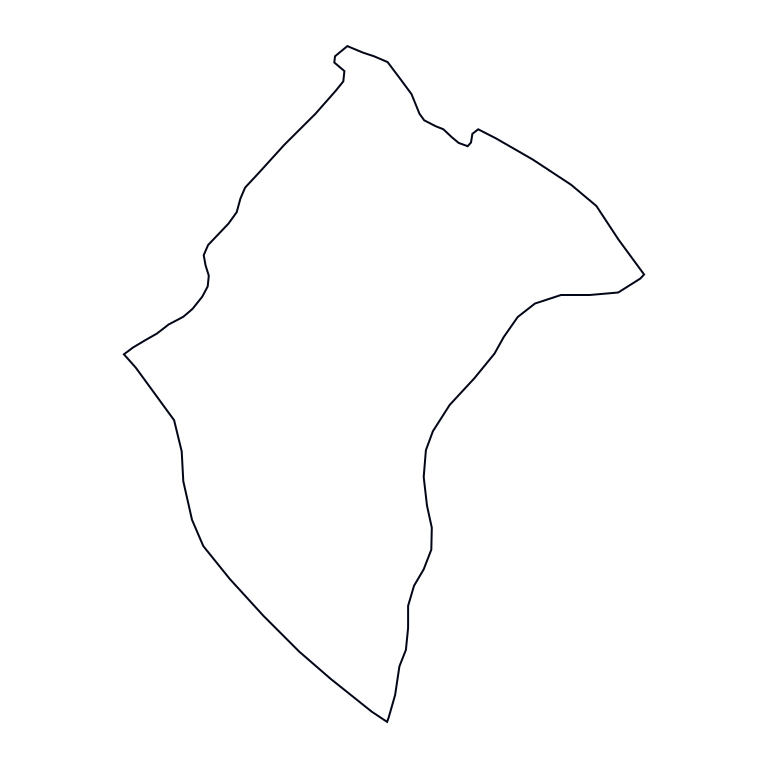 the district of Haute-Banio, Nyanga, Gabon
{"feature_id": "22940354B88632619890778", "entity_name": "Haute-Banio", "entity_type": "district", "adm_level": 2, "iso_a3": "GAB", "parent_name": "Gabon", "parent_adm1": "Nyanga", "projection": "robinson", "projection_center": [11.179, -3.673], "detail": "fine", "context": "isolated", "style": "outline", "palette": "ink", "viewbox_px": 768, "rotation_deg": 0, "n_neighbors": 0, "source": "geoboundaries", "source_scale": "gbopen_adm2", "svg_char_len": 1136}
<svg xmlns="http://www.w3.org/2000/svg" viewBox="0 0 768 768"><path d="M644.1,274.5L618.5,239.6L596.4,206.0L571.0,184.7L533.0,159.7L496.0,138.4L478.2,129.3L472.4,133.8L471.0,142.5L467.7,146.2L458.6,142.9L451.7,137.1L443.4,129.3L435.4,126.1L424.2,120.3L419.5,113.8L415.8,104.7L411.5,94.1L398.1,76.0L387.6,62.1L374.1,56.3L362.9,52.6L347.3,46.1L335.0,56.3L334.3,62.5L344.4,71.1L343.3,81.4L335.7,90.8L315.4,113.8L284.2,144.9L259.6,172.0L245.1,187.6L240.4,198.6L236.7,212.2L228.4,223.7L208.1,245.0L203.7,255.2L205.6,265.5L208.8,275.7L207.7,286.4L202.3,296.6L192.5,308.9L183.4,316.7L168.6,324.5L157.0,333.5L145.4,340.1L133.0,347.5L123.9,354.3L135.8,367.7L174.1,420.2L181.7,451.4L183.3,481.3L192.0,519.8L203.3,546.1L229.8,579.0L263.3,615.7L299.2,651.6L330.7,678.9L371.9,711.8L387.1,721.9L388.6,717.7L395.1,695.1L399.4,666.4L405.9,649.9L408.1,627.9L408.1,605.9L414.0,585.8L423.7,569.3L431.3,549.7L431.8,527.7L427.0,505.7L423.7,477.0L425.9,450.2L432.9,431.2L449.7,404.9L474.5,378.1L494.5,353.6L503.7,337.1L517.7,317.0L535.0,303.5L561.0,295.0L589.6,295.0L618.2,292.5L640.4,278.5L644.1,274.5Z" fill="none" stroke="#020617" stroke-width="2"/></svg>